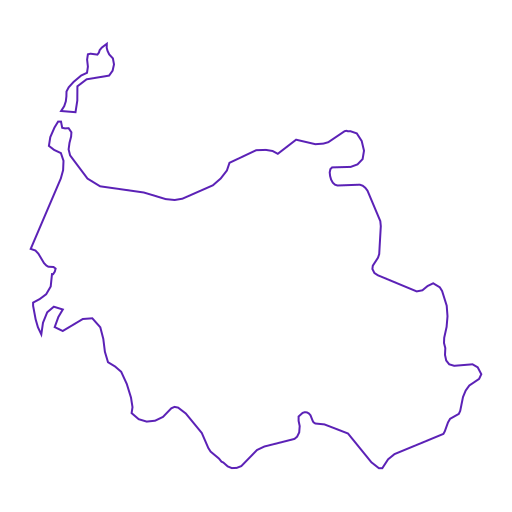 the Province of Sassari
{"feature_id": "ITA-5374", "entity_name": "Sassari", "entity_type": "Province", "adm_level": 1, "iso_a3": "ITA", "parent_name": "Italy", "parent_adm1": "", "projection": "albers", "projection_center": [8.617, 40.716], "detail": "fine", "context": "isolated", "style": "outline", "palette": "violet", "viewbox_px": 512, "rotation_deg": 0, "n_neighbors": 0, "source": "natural_earth", "source_scale": "10m", "svg_char_len": 2495}
<svg xmlns="http://www.w3.org/2000/svg" viewBox="0 0 512 512"><path d="M131.6,413.1L132.5,407.2L131.0,397.6L126.8,384.0L121.2,371.8L115.1,366.5L108.0,362.2L104.9,351.8L103.3,338.9L100.3,327.3L92.3,318.3L82.8,319.0L62.7,331.0L54.7,327.1L58.4,316.9L62.8,309.5L53.8,306.7L47.2,312.3L43.0,322.7L41.3,334.4L37.9,327.2L35.6,319.2L33.1,305.8L33.1,302.6L39.8,299.0L46.2,294.2L50.7,286.5L52.0,274.1L53.1,274.2L54.8,271.6L55.6,268.6L53.5,267.0L48.3,266.7L46.3,265.5L44.0,263.1L38.4,253.7L35.4,250.5L30.7,248.9L60.8,178.5L63.1,170.2L63.5,160.8L60.9,153.1L54.1,149.9L48.9,145.9L50.3,137.1L54.5,127.5L58.1,121.6L61.0,121.6L62.2,127.8L65.1,128.4L68.6,128.2L71.4,132.3L71.1,136.6L69.5,142.8L68.6,149.4L70.1,155.4L87.5,178.6L100.1,186.3L143.8,192.5L165.7,199.1L174.7,200.0L182.4,198.7L212.9,185.3L220.7,178.5L226.9,170.5L229.5,162.8L256.2,150.2L265.9,149.9L272.6,151.0L277.8,153.8L296.1,139.7L315.4,144.2L323.4,143.6L328.3,142.2L344.6,131.2L346.5,130.8L348.0,131.3L350.4,131.2L356.8,133.4L361.7,141.0L364.0,150.7L362.6,159.1L357.5,164.4L350.7,166.9L332.1,167.4L330.4,169.1L329.7,172.4L330.1,176.0L331.1,179.6L332.8,182.7L335.0,184.7L337.5,185.5L359.8,184.7L362.7,185.7L365.3,187.8L367.5,190.7L380.3,221.1L380.8,226.2L379.2,254.1L378.0,257.7L372.8,265.7L372.4,269.0L374.4,273.0L377.9,275.3L416.7,291.4L422.4,290.3L427.6,286.0L433.2,283.3L439.8,287.3L442.1,291.0L446.7,305.7L447.5,316.3L446.6,326.9L444.2,337.8L444.0,343.0L445.3,348.1L445.0,354.9L446.2,360.5L449.2,364.3L454.2,365.8L472.5,364.3L477.7,367.3L481.3,374.2L479.1,378.9L469.3,385.5L465.7,390.5L463.0,397.0L460.2,410.9L458.8,413.9L450.1,418.8L448.0,422.4L444.8,431.3L443.4,433.9L394.5,454.1L388.1,459.3L382.3,468.2L378.9,468.2L371.4,462.3L348.0,433.5L324.4,424.4L315.3,423.5L313.5,422.3L312.7,420.9L310.5,415.3L308.8,413.4L306.9,412.4L304.8,412.2L302.6,412.9L298.6,416.5L298.6,420.9L299.7,426.1L299.2,432.4L297.1,436.7L294.5,438.9L264.4,446.5L257.0,450.0L241.3,466.1L236.7,467.9L231.8,468.1L227.7,466.4L223.3,462.5L221.5,461.7L219.0,458.6L210.6,451.6L208.3,448.0L201.8,433.0L185.8,413.5L178.1,407.6L174.5,406.9L171.3,408.3L163.0,416.9L155.1,420.7L146.7,421.6L138.7,419.2L131.6,413.1ZM86.6,79.3L77.4,86.3L77.3,100.6L75.5,112.2L61.1,111.0L64.2,106.2L65.8,101.4L66.4,96.4L66.5,91.5L68.7,87.3L73.6,81.9L81.2,75.5L87.0,72.8L87.9,66.7L87.1,59.6L87.9,54.3L90.5,53.7L97.4,54.6L98.9,52.6L99.7,50.1L101.8,47.6L106.8,43.8L106.7,47.8L107.5,50.8L109.2,54.4L112.9,58.4L114.0,64.4L112.6,70.7L109.1,75.6L86.6,79.3Z" fill="none" stroke="#5b21b6" stroke-width="2"/></svg>